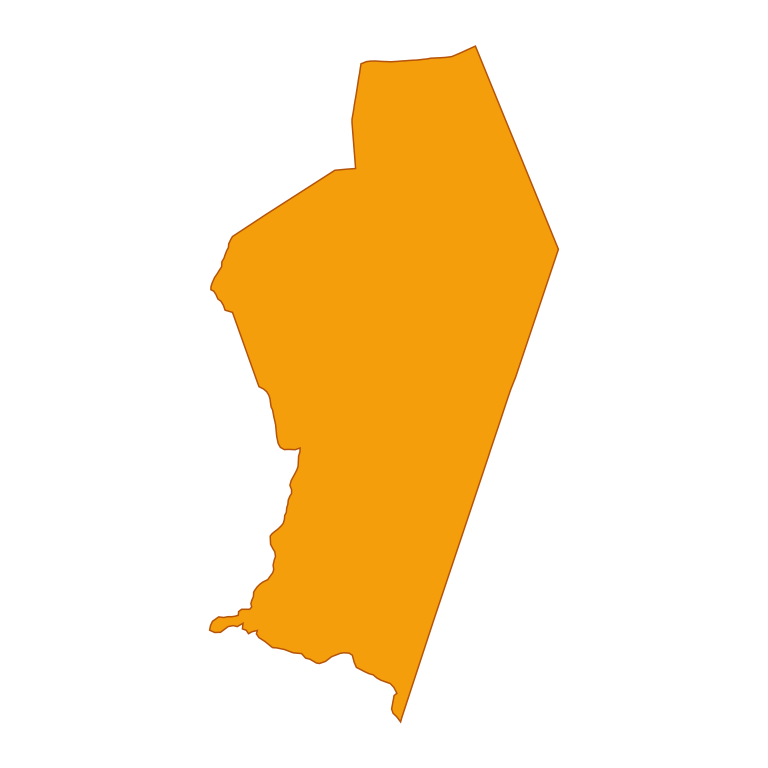 the district of Iuiu, Bahia, Brazil
{"feature_id": "56859067B30006317173960", "entity_name": "Iuiu", "entity_type": "district", "adm_level": 2, "iso_a3": "BRA", "parent_name": "Brazil", "parent_adm1": "Bahia", "projection": "albers", "projection_center": [-43.619, -14.491], "detail": "fine", "context": "isolated", "style": "filled", "palette": "amber", "viewbox_px": 768, "rotation_deg": 0, "n_neighbors": 0, "source": "geoboundaries", "source_scale": "gbopen_adm2", "svg_char_len": 2513}
<svg xmlns="http://www.w3.org/2000/svg" viewBox="0 0 768 768"><path d="M510.7,389.5L515.7,376.9L558.4,249.3L519.6,154.3L506.6,122.7L475.4,46.1L467.7,49.6L459.8,53.2L451.8,56.6L445.7,57.4L439.5,57.8L430.7,58.2L427.4,58.9L422.5,59.4L416.7,60.1L413.5,60.2L408.7,60.5L405.2,60.8L401.5,61.0L397.1,61.4L393.6,61.6L390.5,61.8L387.0,61.6L383.4,61.5L379.6,61.3L375.3,61.0L370.8,61.1L366.5,61.6L361.0,63.8L360.4,67.6L359.6,73.2L358.6,78.5L358.0,82.6L357.2,87.8L356.4,92.9L355.8,96.6L355.0,101.0L354.3,105.1L353.9,108.3L353.4,111.2L352.8,114.8L352.0,119.2L352.0,122.7L355.6,168.5L345.2,169.3L334.8,170.3L266.2,214.3L232.5,236.5L230.8,239.4L228.7,243.8L228.4,247.6L226.7,250.7L225.1,254.8L224.0,258.2L221.9,261.7L221.6,266.8L218.9,270.9L217.3,273.6L214.6,277.5L212.2,282.9L211.0,286.6L210.9,289.7L213.8,291.2L216.0,294.6L217.9,299.0L221.0,301.3L223.4,305.3L225.1,310.2L228.6,311.2L232.5,312.4L257.9,383.7L259.0,386.7L263.4,388.9L266.7,391.7L268.8,395.1L270.0,398.8L270.5,402.8L271.1,406.9L272.6,410.0L273.8,416.7L274.6,420.0L275.7,425.2L276.0,429.1L276.4,433.3L276.8,436.9L278.2,443.5L280.4,447.4L284.3,449.6L288.0,449.4L291.6,449.5L295.2,449.7L300.1,448.0L299.9,452.0L298.6,456.1L298.4,460.7L298.1,466.2L296.9,469.8L294.8,473.9L291.2,480.5L289.9,485.3L291.6,489.7L291.5,493.7L289.9,496.1L288.3,500.0L287.8,504.4L286.7,508.0L286.3,512.4L284.7,515.5L284.4,519.4L283.2,523.4L281.2,525.9L277.8,529.2L274.5,531.7L272.1,533.7L270.2,536.1L270.4,540.7L270.6,544.4L273.1,549.1L274.8,551.8L275.5,556.5L274.2,560.2L273.1,565.1L273.7,569.5L272.8,572.6L270.7,575.5L267.7,579.7L263.1,581.9L260.4,583.8L257.5,586.5L255.3,589.5L253.7,592.1L253.4,596.7L251.8,600.3L250.9,603.6L251.7,606.9L249.7,609.3L245.5,609.3L241.6,609.3L238.6,611.6L238.3,615.2L235.2,616.2L231.9,616.7L227.7,616.7L223.8,617.5L218.6,616.9L215.6,619.1L212.5,621.3L210.5,625.6L209.6,630.2L214.7,632.5L220.5,632.3L228.1,626.6L233.3,625.6L237.2,626.6L243.0,623.3L242.4,628.9L246.3,630.3L248.5,633.7L252.1,631.7L257.3,630.5L256.4,633.9L259.0,637.7L264.7,641.3L272.5,647.6L276.7,647.9L284.4,649.5L293.1,652.8L301.6,653.6L305.6,658.1L309.9,659.2L316.4,663.0L319.5,663.5L325.5,661.4L331.6,656.7L340.1,653.4L343.6,652.8L349.0,653.1L352.3,655.2L354.2,662.3L356.4,667.4L365.3,672.0L369.1,673.7L373.1,674.8L377.2,678.2L381.1,680.3L390.3,683.6L393.9,687.4L396.9,693.3L394.1,695.5L391.6,709.0L393.1,713.3L396.7,716.7L400.6,721.9L401.6,718.2L433.4,621.1L472.5,504.2L489.1,454.4L490.0,451.4L498.2,427.0L507.5,398.9L510.7,389.5Z" fill="#f59e0b" stroke="#b45309" stroke-width="1.5"/></svg>